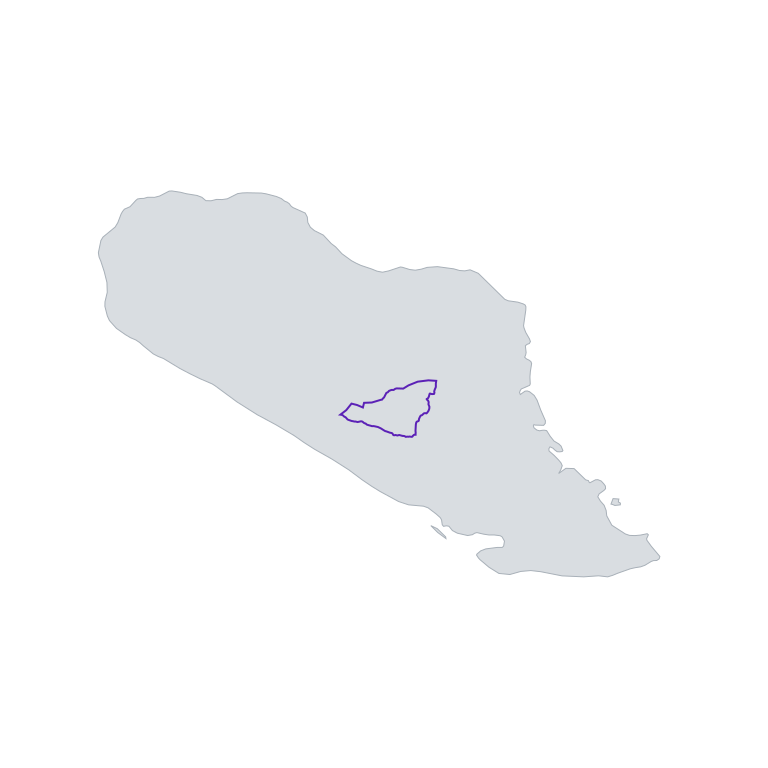 location of Analamanga within Madagascar, rotated 104°
{"feature_id": "MDG-5862", "entity_name": "Analamanga", "entity_type": "Autonomous Province", "adm_level": 1, "iso_a3": "MDG", "parent_name": "Madagascar", "parent_adm1": "", "projection": "orthographic", "projection_center": [47.602, -18.658], "detail": "fine", "context": "in_parent", "style": "outline", "palette": "violet", "viewbox_px": 768, "rotation_deg": 104, "n_neighbors": 0, "source": "natural_earth", "source_scale": "10m", "svg_char_len": 5639}
<svg xmlns="http://www.w3.org/2000/svg" viewBox="0 0 768 768"><g transform="rotate(104 384 384)"><path d="M499.4,90.9L501.4,95.7L503.7,100.3L511.1,111.5L514.3,115.8L517.0,120.3L518.2,129.4L522.8,143.6L527.1,164.8L528.2,186.5L529.5,196.5L532.8,206.0L538.4,215.8L540.0,226.7L536.4,237.8L531.3,248.2L530.0,250.2L527.6,252.8L526.6,252.7L522.6,249.9L519.4,245.4L515.3,234.9L513.9,229.6L512.2,228.7L507.3,229.1L503.8,232.4L503.1,234.5L503.8,240.4L505.1,245.7L505.6,251.1L505.7,257.9L506.9,260.0L508.8,261.7L510.8,266.2L511.0,276.8L509.7,282.1L506.3,286.6L506.5,289.2L507.7,291.8L506.5,293.4L501.9,295.3L500.1,297.0L497.6,301.7L493.5,311.2L493.0,316.1L495.3,330.9L494.5,341.4L489.3,361.5L486.3,371.0L482.1,382.4L475.8,397.4L469.5,416.2L464.1,435.6L460.2,447.2L455.8,458.7L449.7,479.0L444.5,499.5L437.0,522.2L426.6,547.4L425.5,550.7L423.4,563.6L421.0,574.8L418.3,585.9L412.6,604.2L411.9,609.8L410.6,615.2L405.2,626.7L402.9,631.0L401.3,635.5L400.4,641.2L398.7,646.8L394.8,657.0L388.9,665.7L384.9,668.9L376.2,673.6L371.8,674.6L362.0,674.7L352.5,677.4L342.7,682.6L333.3,688.5L329.7,691.2L325.7,692.9L313.2,693.4L309.4,692.2L296.7,682.8L291.8,681.3L282.6,680.2L279.8,679.4L277.2,678.2L273.4,673.3L265.9,669.2L264.1,667.9L262.9,665.1L262.0,661.9L260.0,658.5L258.4,651.8L255.9,647.2L248.8,639.1L248.0,636.5L247.2,627.8L247.2,621.8L246.3,611.0L246.9,605.9L249.2,601.2L248.1,596.2L245.4,591.1L244.2,585.7L242.2,580.8L234.7,572.1L232.9,567.7L231.6,563.2L228.4,549.2L228.0,544.3L228.1,533.8L228.9,528.5L230.6,524.7L231.0,521.9L232.0,519.5L233.7,517.5L234.8,515.2L237.2,501.8L240.6,498.8L245.7,497.0L249.7,493.4L252.0,488.7L254.2,478.9L260.5,469.2L262.7,464.1L267.8,456.3L272.2,445.5L273.5,440.4L274.5,435.2L275.4,423.8L276.2,418.1L275.9,412.5L273.1,406.8L266.5,396.4L266.3,394.5L266.7,386.7L266.0,381.1L263.5,375.5L260.4,370.3L257.2,360.5L255.4,344.2L255.6,338.2L254.7,333.0L252.4,328.1L253.8,319.3L272.6,287.3L273.2,283.6L272.2,273.9L272.6,268.3L273.2,266.2L274.7,265.0L278.0,264.3L293.7,262.7L295.7,261.7L299.6,259.0L305.0,253.8L307.4,252.2L309.6,252.8L311.0,254.9L312.7,256.1L319.1,253.7L321.5,253.6L324.0,254.0L325.2,251.8L325.8,248.9L326.7,246.9L328.4,245.7L336.6,245.0L341.9,244.1L348.6,242.1L350.1,242.4L355.6,249.6L357.3,250.2L359.4,250.5L361.2,249.2L356.8,245.4L356.1,243.3L356.3,240.9L358.7,235.6L362.6,231.6L371.4,225.6L380.6,218.5L383.2,218.0L385.5,219.1L387.3,227.4L387.1,228.7L388.5,228.9L390.2,227.9L391.7,224.6L391.8,221.8L390.6,219.2L390.0,216.9L389.9,214.9L394.6,210.0L398.2,205.3L399.9,199.8L401.4,197.2L405.3,194.3L406.4,194.8L407.3,197.1L407.8,199.6L406.8,202.1L405.4,204.5L404.8,207.7L407.0,208.4L409.1,207.6L412.1,201.7L415.5,196.2L417.6,193.3L420.1,191.3L424.4,191.7L428.6,192.9L421.8,187.1L420.1,179.1L428.2,165.2L428.3,162.3L429.5,161.4L430.0,160.3L425.8,155.6L425.1,153.3L425.6,149.8L427.6,146.7L429.5,144.5L432.0,143.7L434.1,144.9L438.6,148.7L441.7,149.3L445.3,145.6L448.4,141.1L452.9,137.9L458.0,136.0L465.9,128.8L471.1,113.6L471.5,109.2L470.4,103.9L468.6,98.7L465.6,92.4L466.4,91.0L470.7,91.8L472.1,91.0L476.8,85.4L484.6,74.6L487.1,74.7L489.3,76.7L490.1,79.7L491.6,81.9L496.8,87.0L499.4,90.9ZM445.6,133.1L445.6,134.7L439.8,134.0L438.8,128.3L441.7,128.1L442.4,125.8L444.1,125.5L446.0,130.6L445.6,133.1ZM515.1,295.9L510.1,304.3L511.5,297.3L517.4,287.2L519.0,286.5L515.1,295.9Z" fill="#d9dde1" stroke="#a8b0b8" stroke-width="1"/><path d="M381.0,333.0L381.4,333.0L381.7,333.4L382.1,334.8L382.2,335.3L382.2,335.9L382.1,336.8L382.2,337.2L382.7,337.4L385.0,337.4L386.3,337.6L387.2,337.9L387.6,338.2L388.2,338.9L388.6,338.8L388.8,338.4L389.3,337.6L389.5,337.2L390.2,336.6L390.6,336.4L391.1,336.2L392.8,336.0L393.2,335.8L394.7,334.7L395.2,334.4L395.8,334.3L397.0,334.1L398.0,334.2L399.1,334.3L401.0,335.0L401.8,335.4L402.2,335.7L402.2,336.1L402.3,336.5L402.3,337.0L402.7,337.9L402.9,338.2L403.3,338.5L404.5,339.2L404.9,339.5L405.2,339.8L405.4,340.2L405.8,340.7L406.5,341.0L407.7,341.3L409.6,341.6L411.0,341.4L411.6,341.6L411.9,342.0L412.5,342.9L412.9,343.2L413.9,343.4L415.6,343.3L421.9,342.1L423.2,341.6L425.6,341.1L425.8,342.1L425.9,342.3L426.1,342.6L426.8,343.1L427.0,343.2L427.4,343.5L428.1,343.7L428.3,343.9L428.4,344.0L428.5,344.2L428.6,344.5L428.8,346.5L429.2,347.4L429.3,347.8L429.5,348.9L429.7,349.3L429.9,349.8L430.0,350.0L430.0,350.3L429.8,350.7L429.7,351.1L429.6,351.6L429.7,352.6L429.8,353.4L429.9,353.5L429.8,356.4L429.8,356.8L429.9,357.1L430.6,358.3L430.7,358.7L430.7,359.9L430.7,360.4L430.8,360.7L431.1,361.3L431.2,361.5L431.3,361.7L431.3,362.1L431.3,362.4L431.1,362.8L430.9,363.0L430.2,363.6L429.9,364.0L429.8,364.4L429.7,364.8L429.8,366.4L429.4,370.3L429.4,370.9L429.4,371.4L429.2,372.2L427.8,376.4L427.2,379.5L427.3,383.0L427.4,384.1L427.8,385.4L427.8,385.7L427.7,387.2L427.7,388.3L427.6,390.5L427.5,390.9L427.3,391.4L427.1,391.7L426.9,392.0L426.8,392.3L426.8,392.6L426.8,393.2L426.7,393.7L426.5,394.3L425.8,395.7L425.7,396.0L425.7,396.4L425.7,397.0L425.8,397.4L427.2,400.2L427.3,400.4L427.3,400.8L427.3,402.1L427.3,402.6L427.4,402.9L427.6,403.6L427.6,405.2L427.7,406.1L427.7,406.7L427.4,409.7L427.3,410.4L427.2,410.8L427.0,411.1L426.2,412.3L425.7,413.0L425.5,413.5L425.4,414.1L425.3,414.6L425.0,415.2L424.4,416.2L424.3,416.5L424.2,416.9L424.2,418.0L424.3,418.9L418.5,414.3L410.9,410.8L410.9,405.1L411.9,398.8L407.1,398.8L404.9,391.3L400.2,383.4L399.6,382.1L398.4,381.6L397.0,380.7L394.0,380.0L392.0,379.5L391.2,378.4L389.4,377.4L388.0,375.4L387.4,373.2L385.9,371.9L385.2,370.6L383.8,364.2L379.4,359.9L373.6,351.9L369.7,341.8L368.3,334.1L371.1,333.8L373.8,333.1L374.4,333.0L375.4,333.1L377.0,333.4L378.8,333.5L379.4,333.4L380.1,333.0L380.6,333.0L381.0,333.0Z" fill="none" stroke="#5b21b6" stroke-width="2"/></g></svg>